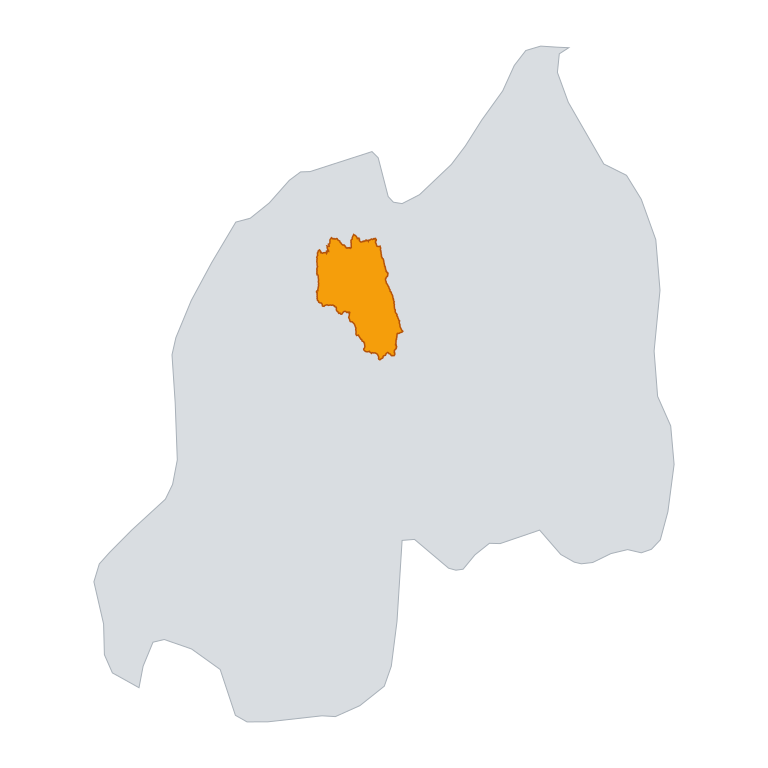 Gakenke, Northern, Rwanda shown in context
{"feature_id": "39286606B43223731633869", "entity_name": "Gakenke", "entity_type": "district", "adm_level": 2, "iso_a3": "RWA", "parent_name": "Rwanda", "parent_adm1": "Northern", "projection": "equal_earth", "projection_center": [29.798, -1.711], "detail": "fine", "context": "in_parent", "style": "filled", "palette": "amber", "viewbox_px": 768, "rotation_deg": 0, "n_neighbors": 0, "source": "geoboundaries", "source_scale": "gbopen_adm2", "svg_char_len": 7120}
<svg xmlns="http://www.w3.org/2000/svg" viewBox="0 0 768 768"><path d="M300.6,171.9L310.0,171.6L372.0,151.6L378.2,157.8L388.2,196.6L393.4,202.2L402.1,203.6L419.5,194.7L451.4,164.4L465.3,146.0L481.7,120.1L502.7,90.9L514.3,65.4L525.8,50.5L540.7,46.1L557.3,47.2L568.8,47.7L559.3,53.8L557.4,72.4L568.3,102.3L603.8,164.0L626.5,175.3L641.3,199.3L655.8,239.7L660.0,290.3L654.1,351.1L657.6,396.3L670.7,425.9L674.1,464.4L667.9,511.7L660.3,539.9L651.4,549.3L641.3,552.8L627.6,549.6L610.9,553.6L592.7,562.5L581.3,563.8L574.2,562.1L560.8,554.5L539.6,530.1L500.1,543.6L489.4,543.3L474.9,554.9L463.1,569.2L455.9,570.2L448.6,568.2L414.5,539.4L402.1,540.4L397.0,621.3L391.3,666.2L384.3,686.2L359.9,705.6L335.4,716.6L322.0,715.8L268.1,721.8L247.0,721.9L235.4,715.3L220.2,669.5L191.6,649.0L164.2,639.5L153.0,642.2L143.1,666.2L139.0,687.7L112.4,672.9L104.4,654.7L103.6,624.0L93.9,581.8L99.3,563.9L109.7,552.3L131.8,530.0L165.4,499.2L172.6,484.4L177.3,459.9L175.2,402.9L172.0,354.8L175.9,337.6L191.3,300.4L211.8,262.4L235.8,222.1L250.3,218.2L269.3,202.9L289.3,180.3L300.6,171.9Z" fill="#d9dde1" stroke="#a8b0b8" stroke-width="1"/><path d="M369.7,351.9L370.2,352.4L370.8,352.6L371.4,353.4L372.3,352.7L372.7,352.7L373.7,353.0L374.9,352.8L376.5,353.6L377.5,354.4L378.6,356.7L378.7,357.6L378.5,358.3L378.8,359.2L379.8,359.8L380.3,359.6L381.1,358.8L382.7,358.0L383.0,357.5L383.1,356.4L383.4,356.0L384.0,355.7L385.4,355.3L385.6,355.0L386.1,353.6L387.7,352.4L388.4,352.7L389.0,353.7L390.0,353.9L390.5,354.3L391.2,355.5L391.4,355.6L392.1,355.8L392.7,355.5L394.0,355.7L394.8,354.6L394.6,354.0L394.8,353.5L394.6,353.1L394.7,352.9L394.5,352.3L394.3,352.3L394.4,351.7L394.3,351.3L394.4,351.2L394.5,350.7L394.4,350.4L394.7,350.2L395.1,349.5L395.9,349.0L395.9,348.7L396.3,348.3L396.2,348.0L396.3,347.3L396.6,347.0L396.4,346.8L396.5,346.5L396.2,346.0L396.4,346.0L396.3,345.7L396.2,345.1L396.1,345.3L396.1,344.9L396.0,344.4L395.7,344.4L395.9,344.0L395.7,343.7L395.9,343.2L396.1,341.7L395.9,341.2L396.1,340.4L396.0,340.2L396.3,339.4L396.6,339.1L396.4,338.5L396.8,337.4L396.7,336.5L397.0,336.1L396.9,335.1L397.1,334.7L397.0,334.2L397.3,333.5L397.6,333.3L398.8,333.5L400.3,332.6L401.9,332.2L402.8,331.4L402.6,330.9L402.0,330.6L401.6,329.9L400.1,326.8L399.9,325.9L400.0,325.0L399.7,324.0L399.4,323.4L399.3,322.8L399.3,321.9L399.6,320.9L398.9,320.5L398.5,319.0L397.9,318.1L397.8,317.1L397.4,316.4L396.8,315.8L396.8,315.2L397.0,315.0L397.0,314.4L395.7,312.9L395.2,311.6L395.1,311.1L395.3,310.5L395.3,309.9L394.6,309.0L394.4,307.3L394.3,305.8L394.2,305.5L394.4,304.3L393.8,303.1L393.8,302.7L394.3,301.9L393.9,301.3L393.5,300.2L393.3,299.6L393.5,299.3L393.3,299.2L393.3,298.5L392.9,298.0L392.8,296.6L392.6,296.1L392.6,295.5L391.5,293.6L391.3,292.5L391.1,292.0L390.6,291.8L390.0,291.1L390.0,289.7L389.2,288.6L388.7,286.7L387.9,285.8L387.8,285.2L386.7,283.4L386.3,283.1L386.2,281.8L385.7,280.8L385.5,279.6L385.5,278.8L386.0,278.3L386.1,277.5L386.7,276.9L387.0,276.4L387.4,276.4L387.6,276.0L388.0,273.2L387.8,272.9L387.5,273.0L387.1,272.3L386.9,272.3L386.5,271.7L386.5,271.4L386.2,271.3L386.3,271.1L385.5,269.0L385.5,268.1L385.3,268.0L385.2,267.6L385.2,266.7L384.6,266.2L384.7,265.6L384.4,264.8L384.3,263.8L384.0,263.1L383.9,261.8L383.7,261.5L383.7,260.5L383.5,260.1L383.4,259.4L383.1,258.8L382.6,258.6L382.0,257.8L382.1,257.4L381.5,256.7L381.4,255.8L381.5,255.1L381.0,253.3L381.1,252.1L380.7,251.1L380.8,250.5L380.4,250.0L380.5,248.8L380.7,248.2L380.4,247.2L380.1,246.7L380.1,246.2L378.9,246.5L377.6,246.4L376.9,246.2L376.5,245.0L376.4,244.9L376.3,244.0L375.7,243.1L375.7,242.5L375.4,242.1L375.8,241.2L375.6,241.2L375.6,240.7L376.2,240.5L376.3,240.1L376.3,239.6L375.6,239.0L375.5,238.4L375.0,238.4L374.5,239.0L374.2,238.8L373.7,239.1L373.4,238.8L373.1,239.2L372.4,239.5L371.6,239.0L371.2,239.1L370.0,240.0L369.7,240.2L369.1,240.0L368.9,240.4L368.5,240.5L368.4,241.0L368.3,240.8L367.9,240.8L367.6,240.5L367.0,240.7L366.8,240.3L366.1,240.0L365.9,240.7L365.2,241.0L364.6,240.9L363.9,241.6L363.5,241.4L363.2,241.1L362.2,241.8L360.9,242.1L359.5,240.8L359.3,240.2L359.4,239.9L359.3,239.4L359.5,239.1L358.9,238.5L358.8,238.1L358.5,238.2L358.4,238.5L357.5,238.3L357.3,238.5L356.9,237.4L356.2,236.3L355.0,235.2L354.4,235.1L353.7,234.5L352.3,237.4L352.2,237.8L352.2,239.2L351.3,239.8L350.9,240.8L351.1,241.5L351.0,242.7L351.2,242.9L351.2,243.3L351.3,243.6L351.2,244.1L351.3,247.6L350.3,248.3L349.8,247.6L349.3,247.7L349.1,248.0L348.6,247.8L348.1,248.0L347.9,247.8L347.6,248.1L347.0,247.9L346.7,248.1L346.0,247.7L345.8,247.0L345.3,246.8L344.9,245.7L344.2,245.4L344.0,244.9L342.9,245.1L341.6,244.1L340.9,242.9L340.2,242.5L339.7,241.0L338.9,240.6L337.7,239.8L337.1,238.6L336.6,238.5L335.1,239.1L334.7,239.0L334.1,238.6L334.0,238.8L333.7,238.7L333.2,238.9L332.7,238.8L331.9,238.0L331.4,237.7L331.2,238.2L330.1,239.5L329.9,240.3L330.0,241.9L329.9,242.2L329.8,243.3L329.4,243.8L328.4,244.2L329.0,245.2L329.3,246.1L329.2,246.4L328.8,246.5L327.0,246.0L327.3,246.7L327.1,247.9L327.3,248.1L327.6,249.1L327.7,249.7L328.4,250.1L328.6,251.3L328.0,251.1L327.8,251.4L327.3,251.1L327.1,251.4L326.9,251.1L326.5,251.1L326.5,251.5L327.0,251.9L326.8,253.0L326.5,253.5L326.2,252.7L325.9,252.6L324.6,252.6L324.2,252.8L323.5,252.7L322.5,253.3L321.7,252.9L321.4,252.5L320.9,252.7L320.6,251.3L320.4,251.1L320.3,251.3L320.2,251.0L320.0,250.4L319.5,249.9L318.6,250.8L318.4,250.7L318.2,251.1L317.8,252.8L317.4,253.0L317.5,254.3L317.7,255.3L317.5,255.5L316.7,257.4L317.2,258.5L316.9,259.5L317.0,260.2L316.8,261.4L316.9,262.2L317.1,263.0L317.1,265.0L317.3,266.2L317.6,266.4L317.2,267.8L317.0,268.0L317.0,268.6L316.8,268.9L317.0,269.4L316.8,269.9L317.1,270.3L317.1,270.7L316.8,271.2L317.0,272.1L316.8,273.0L317.0,273.0L317.0,274.7L317.6,274.6L318.0,275.3L318.3,276.6L318.2,277.1L318.6,280.2L318.3,281.7L318.7,283.7L318.4,284.7L318.6,285.2L318.5,286.3L318.2,287.1L318.3,287.7L318.1,287.9L318.0,289.0L317.8,289.5L317.9,290.7L317.0,290.8L316.5,291.5L316.7,292.0L316.6,292.3L317.1,292.6L317.2,292.8L317.0,293.1L317.2,293.5L317.0,294.2L317.2,294.7L317.2,295.7L317.0,296.5L317.3,297.1L317.2,297.9L317.0,298.3L317.4,298.7L317.3,299.8L317.4,300.2L318.1,300.7L318.8,302.3L319.7,302.6L320.1,303.0L320.7,302.9L321.4,303.1L322.2,304.3L322.4,305.9L323.0,306.3L323.4,306.2L324.1,306.3L324.6,305.6L326.8,304.8L327.5,304.9L328.2,305.4L330.5,305.0L331.7,305.3L332.6,305.0L333.1,305.1L333.6,305.7L334.5,305.8L334.6,306.5L335.0,306.8L336.3,307.3L336.4,308.9L336.3,309.9L336.9,311.0L337.4,311.5L337.9,311.7L338.4,312.8L338.9,313.4L339.9,313.0L340.7,314.1L341.6,314.2L342.0,314.0L343.1,312.3L344.2,311.4L345.6,311.4L347.0,312.6L347.9,312.0L348.3,312.1L348.7,312.7L349.3,312.1L349.7,312.3L349.8,312.8L349.3,313.6L349.4,315.1L348.7,317.4L348.7,317.7L349.1,318.3L349.5,319.2L350.0,321.1L350.4,321.6L351.4,321.8L352.2,321.8L354.3,324.0L355.1,325.9L355.3,326.8L356.0,328.1L355.7,329.2L356.1,331.9L355.9,334.1L356.6,335.5L358.4,335.1L358.7,335.8L360.5,338.6L360.7,339.1L361.7,339.5L362.0,340.9L362.3,341.2L363.6,341.6L364.0,342.8L364.4,342.9L364.6,344.7L364.9,346.4L364.5,348.0L363.7,348.9L363.7,349.4L363.9,350.0L365.0,351.1L366.1,351.7L367.9,351.8L369.4,351.3L369.7,351.9Z" fill="#f59e0b" stroke="#b45309" stroke-width="1.5"/></svg>